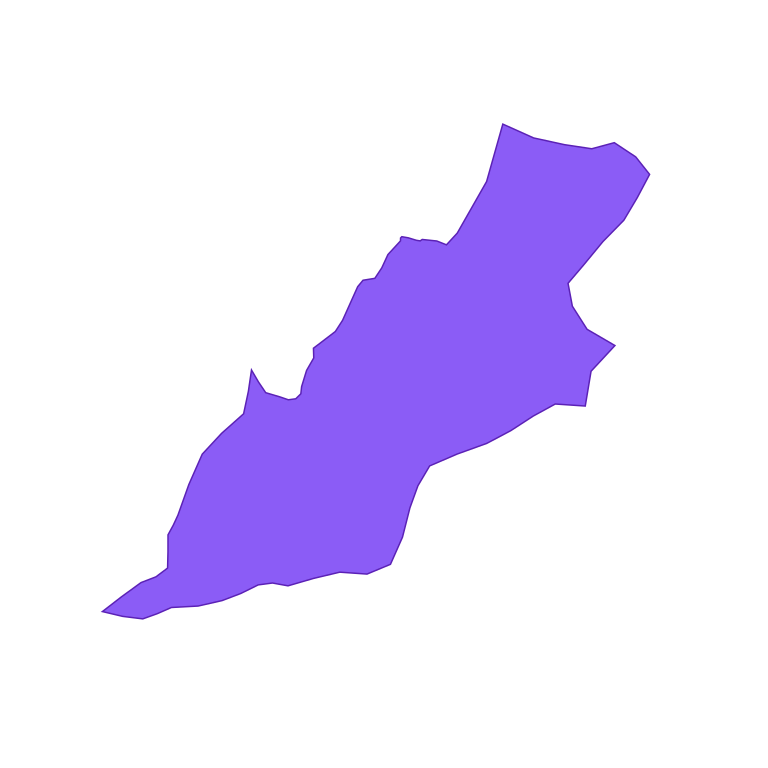 Hajigabul, Natural Earth projection, rotated 105°
{"feature_id": "AZE-1694", "entity_name": "Hajigabul", "entity_type": "District", "adm_level": 1, "iso_a3": "AZE", "parent_name": "Azerbaijan", "parent_adm1": "", "projection": "natural_earth1", "projection_center": [48.915, 40.078], "detail": "fine", "context": "isolated", "style": "filled", "palette": "violet", "viewbox_px": 768, "rotation_deg": 105, "n_neighbors": 0, "source": "natural_earth", "source_scale": "10m", "svg_char_len": 1177}
<svg xmlns="http://www.w3.org/2000/svg" viewBox="0 0 768 768"><g transform="rotate(105 384 384)"><path d="M353.2,183.9L359.0,213.4L376.4,231.6L396.3,249.5L414.7,269.3L432.8,295.3L451.3,318.7L473.5,324.9L496.9,326.9L527.2,326.5L556.5,331.1L572.0,351.2L577.2,378.0L590.0,401.7L603.8,424.5L605.1,440.2L610.6,453.5L623.4,468.1L635.1,484.3L646.6,506.1L654.9,531.5L664.5,543.5L673.3,556.2L676.1,576.3L676.7,597.1L657.5,582.5L638.7,567.3L629.3,554.4L617.8,545.4L602.1,549.2L585.6,553.6L574.9,551.0L564.0,549.1L531.7,546.5L498.8,541.4L473.7,528.1L449.1,511.9L426.2,513.1L404.8,515.6L414.6,505.7L423.0,496.0L423.4,481.0L424.0,472.3L421.1,465.4L415.0,461.8L407.8,462.9L390.9,462.3L377.0,458.6L367.7,461.4L345.9,444.6L333.2,440.5L296.8,434.6L289.2,431.1L284.3,420.2L272.4,416.2L257.9,413.7L241.5,405.1L238.7,405.8L237.1,404.9L236.5,398.4L236.8,389.9L236.4,386.1L234.5,384.5L232.2,370.0L233.4,359.7L219.3,352.3L161.9,337.3L102.2,336.5L107.6,303.2L106.1,271.5L103.0,244.2L91.3,224.0L99.5,199.6L112.8,181.7L138.5,187.6L163.7,194.7L189.8,209.4L217.2,221.9L239.1,232.3L260.1,222.2L278.6,202.0L287.1,170.9L318.1,187.3L353.2,183.9Z" fill="#8b5cf6" stroke="#5b21b6" stroke-width="1.5"/></g></svg>